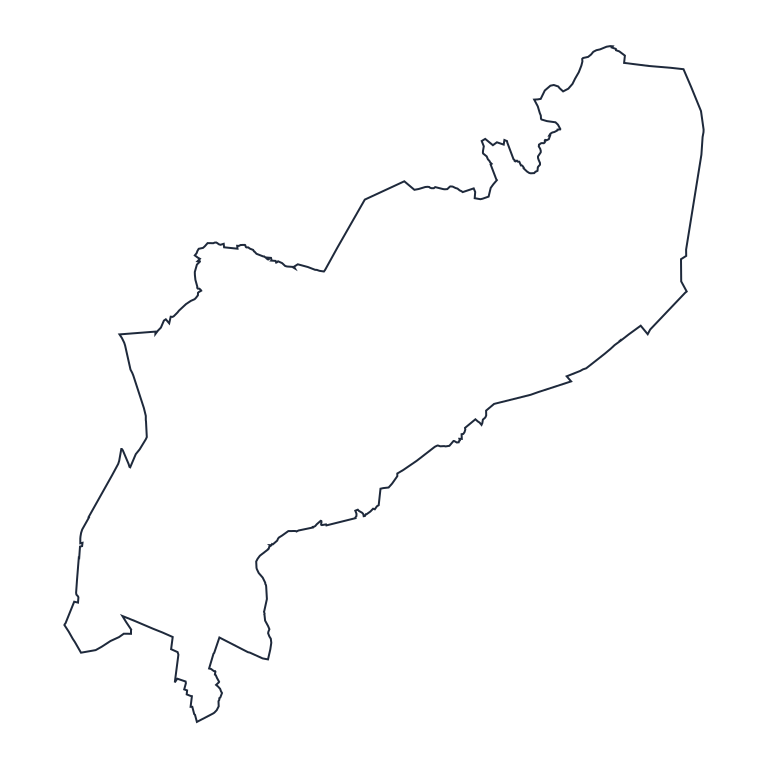 the district of Tepeapulco, Hidalgo, Mexico
{"feature_id": "50627088B41907364490539", "entity_name": "Tepeapulco", "entity_type": "district", "adm_level": 2, "iso_a3": "MEX", "parent_name": "Mexico", "parent_adm1": "Hidalgo", "projection": "mercator", "projection_center": [-98.507, 19.806], "detail": "fine", "context": "isolated", "style": "outline", "palette": "slate", "viewbox_px": 768, "rotation_deg": 0, "n_neighbors": 0, "source": "geoboundaries", "source_scale": "gbopen_adm2", "svg_char_len": 6065}
<svg xmlns="http://www.w3.org/2000/svg" viewBox="0 0 768 768"><path d="M686.1,249.6L701.4,154.7L702.6,137.0L703.5,132.2L703.6,129.6L701.0,111.1L691.2,87.1L683.5,69.2L670.8,67.8L649.1,66.0L624.1,62.9L624.9,55.6L619.3,51.4L616.0,50.2L615.8,48.9L611.8,47.5L612.7,46.3L610.3,46.1L606.6,46.7L600.0,49.4L596.4,50.2L593.3,51.8L591.1,54.5L588.1,56.9L583.1,58.0L582.2,58.9L582.4,61.5L581.4,65.5L578.8,72.2L575.0,78.8L572.5,83.9L568.3,88.7L563.1,91.4L559.5,88.1L558.3,86.5L553.8,85.0L550.4,85.7L544.8,90.5L540.7,98.9L537.7,99.4L534.2,99.6L537.8,106.4L539.8,113.1L540.8,115.5L541.0,118.7L541.5,119.5L546.9,121.1L555.5,122.3L557.9,124.6L560.3,129.0L560.2,129.4L557.5,129.6L557.4,130.4L554.4,132.0L552.3,132.5L550.4,133.7L549.2,135.6L550.1,135.6L548.8,139.2L545.9,140.6L546.0,140.0L545.2,139.9L544.8,140.4L544.8,142.4L543.8,143.2L541.7,143.1L540.5,143.5L539.6,144.4L539.0,144.6L538.8,146.5L540.2,148.8L540.8,151.0L540.7,152.4L538.0,156.4L538.0,157.9L538.6,159.8L540.0,163.0L540.0,163.7L540.0,164.7L538.1,166.8L537.8,167.6L537.5,170.8L536.2,171.5L535.6,171.6L534.2,173.1L530.7,173.3L529.3,173.0L527.1,171.6L523.6,168.3L523.8,167.7L522.5,165.9L521.6,165.3L520.9,165.4L519.3,161.7L517.7,161.6L517.0,160.7L516.4,160.8L515.7,161.3L515.3,161.4L514.6,160.9L514.5,160.0L513.5,159.2L507.3,142.6L507.0,141.1L504.4,140.0L503.7,144.6L496.9,142.3L492.9,145.2L485.2,138.9L481.7,141.0L483.8,146.3L483.0,150.9L482.9,152.7L483.1,153.5L486.7,156.4L487.9,159.3L489.4,160.9L490.2,162.4L491.6,163.8L490.6,164.4L496.2,179.1L496.9,180.1L493.3,184.3L490.7,187.9L488.6,196.6L482.6,198.7L480.4,199.2L474.7,198.2L475.2,192.0L473.7,188.4L462.7,192.1L461.5,191.2L459.7,190.4L457.5,188.6L455.5,188.0L452.7,186.6L450.6,186.4L449.9,186.6L447.3,189.1L444.8,189.3L443.2,189.1L435.2,187.1L433.8,188.2L431.5,188.2L430.2,187.8L429.2,187.0L427.6,186.8L425.3,187.0L418.7,189.0L414.4,189.8L404.3,181.3L364.8,199.6L337.4,247.6L325.1,269.9L323.9,271.5L319.4,270.8L316.8,269.9L315.1,269.8L307.8,267.0L297.8,264.3L294.0,266.7L295.0,268.5L293.0,267.3L292.9,266.9L287.1,266.5L285.2,266.0L282.1,263.1L278.1,261.3L277.1,262.2L276.2,262.6L275.6,260.9L271.4,260.6L271.6,260.4L271.0,257.9L267.5,257.6L268.7,259.2L268.2,259.5L267.4,259.2L267.0,258.6L266.4,258.3L266.2,257.8L265.5,257.5L264.1,256.4L263.4,256.5L256.5,253.8L254.4,251.5L254.0,251.4L253.1,249.9L250.0,248.7L248.2,247.4L246.4,247.4L245.8,246.9L245.2,245.1L244.8,244.9L240.7,245.0L238.8,245.9L237.2,245.8L237.5,248.7L224.1,247.3L223.7,243.8L220.5,244.8L218.9,244.3L217.3,243.1L216.2,242.5L214.7,242.6L213.3,243.2L207.6,243.1L204.8,246.3L203.0,247.9L198.7,248.8L197.4,251.0L196.6,253.2L194.8,255.4L197.9,257.7L199.9,258.8L197.6,261.2L199.9,261.4L199.9,261.6L196.9,264.6L194.8,272.0L194.9,275.1L195.4,279.8L197.3,286.7L197.2,287.8L197.8,288.6L199.4,288.7L200.7,289.9L201.2,290.7L198.6,292.2L198.0,292.8L197.9,295.3L195.9,297.9L194.6,299.2L190.8,300.9L186.0,304.1L179.0,310.6L177.5,312.5L173.8,316.2L172.5,316.9L170.7,316.7L169.2,323.3L165.8,319.3L163.9,320.6L160.9,327.6L157.8,330.8L155.4,334.0L155.5,331.6L119.5,334.4L121.9,338.0L124.2,342.7L125.1,345.5L130.5,369.6L132.2,372.8L133.3,375.5L143.9,408.1L145.8,415.9L145.8,420.1L146.0,421.3L146.8,437.1L145.9,439.1L139.7,449.3L135.8,454.1L130.2,467.3L129.5,466.9L128.6,464.0L122.8,450.3L121.8,449.0L121.3,449.0L119.2,460.8L118.2,463.9L112.0,475.4L88.6,517.1L89.0,517.4L82.2,529.5L81.1,532.9L80.5,536.4L80.3,538.6L80.3,543.3L82.5,542.8L82.1,546.1L80.0,546.6L79.2,557.9L78.8,557.7L77.0,580.0L76.1,592.8L76.4,594.6L78.1,596.5L78.4,597.5L78.0,602.6L74.2,601.7L65.5,623.3L64.8,624.1L64.4,625.0L68.8,631.8L72.8,638.9L74.8,641.9L81.0,652.7L95.7,650.1L101.6,646.8L110.5,641.0L119.0,637.1L123.8,633.7L131.0,633.8L131.0,630.2L131.2,629.6L126.3,622.3L122.4,616.0L135.1,621.1L153.2,628.8L162.5,632.5L172.7,637.0L171.1,649.2L177.6,652.1L178.4,654.7L174.8,682.4L177.3,678.7L185.6,681.5L185.9,683.2L184.2,689.4L187.1,690.4L186.7,694.4L190.5,695.9L191.9,696.2L190.6,706.8L192.3,706.8L194.2,714.1L195.0,714.8L196.9,721.9L212.9,713.6L214.3,712.7L216.7,710.2L218.7,706.3L218.5,701.2L219.3,699.8L219.3,698.2L220.3,697.5L222.0,693.0L221.0,691.3L220.1,688.8L218.0,686.5L216.1,684.9L218.9,682.3L219.1,681.8L216.9,677.8L215.8,675.2L214.9,674.6L215.4,671.6L215.0,671.1L214.3,671.2L213.6,670.9L211.1,669.0L209.1,668.5L213.5,653.7L214.2,652.9L219.4,637.5L248.0,652.2L249.8,652.6L262.6,658.4L268.0,659.4L270.3,649.4L271.3,642.8L270.8,638.7L269.4,636.5L268.1,633.2L268.4,631.7L269.4,629.2L268.1,626.1L265.1,620.6L264.5,614.9L264.3,614.5L264.6,613.8L264.0,611.7L264.2,611.3L266.9,599.0L266.2,586.9L266.0,585.2L265.3,583.9L265.2,582.7L262.7,577.6L258.7,573.0L256.8,569.0L256.5,567.8L256.2,561.5L257.6,558.8L259.9,555.7L268.2,549.3L268.1,549.1L268.8,548.4L269.3,546.7L270.5,545.9L269.6,545.1L271.3,545.1L272.0,544.1L272.4,544.4L272.8,544.4L277.2,540.6L277.9,538.9L278.8,537.6L282.0,535.6L288.3,531.1L294.3,531.0L296.0,531.1L296.5,531.5L298.5,530.5L312.9,527.5L312.8,526.9L314.1,526.7L315.3,526.0L316.7,524.3L320.7,520.8L321.3,521.0L321.5,522.0L321.1,524.3L321.3,524.9L321.9,525.1L326.0,524.4L326.4,525.4L355.3,518.2L355.1,517.9L356.4,516.1L356.5,513.8L355.3,510.7L357.8,509.7L358.9,510.9L362.2,512.8L362.9,513.6L363.4,514.4L363.7,516.2L364.9,516.0L365.9,514.2L366.6,514.2L370.4,511.5L373.1,508.7L374.8,509.3L376.9,506.3L378.7,505.2L380.5,488.7L383.3,488.1L388.6,487.5L392.1,483.6L397.3,476.2L397.3,473.5L403.4,469.9L416.7,460.8L434.8,446.8L436.2,446.1L437.3,445.6L437.9,445.5L440.3,446.3L444.1,446.1L445.7,446.4L449.4,445.8L453.5,441.0L454.4,441.1L456.8,442.5L458.7,442.3L458.9,441.3L459.9,440.4L459.4,438.8L461.8,438.9L461.6,434.2L463.3,433.9L464.5,432.2L465.3,429.6L465.0,427.9L475.4,419.3L477.9,421.5L479.6,422.6L481.5,424.9L482.3,423.2L482.9,419.6L484.9,417.9L485.5,417.1L486.2,415.4L486.1,410.6L494.1,403.9L530.6,394.8L538.5,392.0L571.1,381.4L566.7,376.3L580.3,370.9L582.9,369.4L586.2,368.3L604.9,353.6L610.5,348.9L614.6,345.1L619.7,341.4L619.5,341.1L620.9,339.9L621.2,340.3L628.6,334.5L640.7,325.7L647.7,334.2L650.2,329.5L685.2,292.7L686.7,291.5L681.2,281.4L681.0,259.2L686.2,255.9L686.1,249.6Z" fill="none" stroke="#1e293b" stroke-width="2"/></svg>